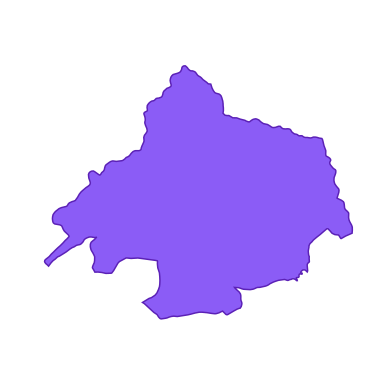 outline of Meo Vac, Hà Giang, Vietnam, rotated 263°
{"feature_id": "81297802B2489932619372", "entity_name": "Meo Vac", "entity_type": "district", "adm_level": 2, "iso_a3": "VNM", "parent_name": "Vietnam", "parent_adm1": "Hà Giang", "projection": "albers", "projection_center": [105.434, 23.152], "detail": "fine", "context": "isolated", "style": "filled", "palette": "violet", "viewbox_px": 384, "rotation_deg": 263, "n_neighbors": 0, "source": "geoboundaries", "source_scale": "gbopen_adm2", "svg_char_len": 5958}
<svg xmlns="http://www.w3.org/2000/svg" viewBox="0 0 384 384"><g transform="rotate(263 192 192)"><path d="M296.8,223.8L297.4,221.3L299.0,220.0L302.2,216.6L304.3,215.1L305.4,214.0L306.3,212.7L307.2,211.8L310.5,210.0L311.4,208.8L312.1,207.4L312.4,205.7L313.0,204.6L314.5,203.3L315.9,202.6L317.4,201.4L318.1,200.6L318.1,198.9L317.6,197.9L317.0,197.3L314.7,196.5L313.1,195.4L312.2,194.2L311.6,192.0L310.9,187.6L309.9,186.2L308.6,185.1L307.1,184.4L305.4,183.9L303.2,184.0L300.8,184.4L300.2,184.3L299.2,183.7L298.4,181.7L298.0,179.8L295.6,176.4L294.3,175.5L292.5,174.9L291.0,174.2L290.1,173.5L289.8,172.7L289.3,170.6L289.3,169.0L289.2,167.9L287.7,166.0L287.3,165.2L287.1,163.0L286.4,161.5L285.2,159.8L283.4,158.2L281.4,157.7L278.6,157.7L277.9,157.3L276.8,154.5L276.0,153.9L275.3,153.8L272.3,154.4L270.5,154.5L268.7,154.3L267.1,153.7L266.1,153.6L263.8,154.0L260.6,154.9L258.4,155.0L257.6,154.8L255.8,153.4L254.1,151.7L252.1,150.8L250.0,150.7L248.5,150.6L247.3,150.1L243.7,147.9L241.9,147.0L240.5,146.6L240.0,146.1L239.6,145.1L239.5,144.2L239.9,141.1L239.8,139.9L239.3,138.4L237.8,136.4L235.7,134.4L234.8,132.8L234.3,130.9L232.9,129.2L231.9,127.4L231.6,126.2L231.6,120.6L232.5,117.2L232.3,115.5L231.7,113.9L229.5,110.0L228.5,109.1L226.5,108.2L225.1,107.8L224.0,107.1L223.3,106.4L222.2,104.7L220.4,103.3L220.1,102.6L220.1,102.3L220.9,101.3L224.1,97.8L224.9,96.6L224.9,94.7L224.4,93.3L223.4,92.1L222.1,91.4L220.3,91.3L218.4,91.3L214.6,92.1L213.3,92.2L212.3,91.8L211.5,91.3L210.5,89.8L209.3,87.4L206.8,83.6L205.6,81.9L203.6,79.9L200.7,77.8L197.8,75.1L197.3,73.4L197.1,71.9L196.2,69.0L195.4,67.9L194.2,67.0L193.2,66.0L193.0,65.4L192.4,60.4L191.7,58.0L189.3,54.1L188.2,52.9L186.5,51.4L184.4,50.6L182.4,50.2L180.1,50.2L178.5,50.5L177.7,51.1L177.0,51.9L175.5,56.8L174.6,58.2L173.9,58.7L170.5,59.7L168.6,60.6L164.5,64.0L163.7,64.4L162.7,64.5L160.8,62.3L159.4,60.3L157.2,57.8L154.7,54.6L153.1,52.2L151.1,49.5L149.5,47.5L147.5,44.8L145.3,42.4L142.8,38.3L142.1,37.6L141.0,37.2L140.1,37.4L138.8,38.1L137.2,39.6L135.9,40.6L139.0,43.6L140.9,45.9L141.9,47.8L144.0,50.7L144.5,52.6L146.4,56.7L147.9,59.9L150.2,63.8L151.4,66.3L152.0,68.5L153.1,70.7L153.3,71.8L153.5,74.4L154.2,75.9L155.8,77.8L157.9,79.3L158.8,80.8L159.3,82.2L159.8,84.4L159.8,85.3L159.6,86.7L158.7,89.6L158.6,90.9L158.9,92.0L157.7,90.5L156.6,89.3L156.2,88.4L154.5,85.9L153.5,85.2L152.3,84.7L150.0,84.4L147.8,84.6L146.5,84.9L143.3,86.3L141.3,87.0L139.6,87.5L136.0,87.0L133.8,86.4L132.7,85.7L130.6,84.5L129.4,84.0L128.7,84.0L126.0,85.2L124.3,85.8L124.0,89.0L123.1,92.7L121.7,96.6L121.3,101.4L121.3,102.4L123.5,104.6L130.4,109.8L131.8,111.5L134.5,118.4L134.5,119.2L134.2,120.5L133.5,123.4L133.1,130.2L128.8,146.6L128.0,149.2L127.4,149.3L124.9,148.9L120.9,148.8L115.8,149.8L111.9,149.7L108.1,149.4L104.5,148.8L102.1,148.2L99.2,146.8L98.1,146.1L96.1,144.9L94.1,142.8L92.1,138.9L91.6,136.4L88.4,129.4L87.0,131.1L77.1,139.5L74.9,142.1L74.4,142.5L72.0,143.6L70.5,144.7L70.1,145.2L69.8,146.1L69.9,150.4L70.1,152.1L70.7,154.4L71.0,156.6L71.0,158.8L70.2,162.2L70.6,173.1L70.9,175.9L71.5,180.2L71.8,184.5L71.5,187.2L70.4,192.2L69.1,196.7L68.4,199.7L68.3,201.1L68.8,204.1L69.6,206.3L70.0,207.9L66.4,210.7L65.9,211.7L66.0,212.5L68.9,219.2L70.3,222.7L70.8,224.9L70.8,225.6L72.3,226.9L74.0,227.6L75.0,227.9L76.4,227.9L78.4,227.4L79.9,227.4L83.0,227.8L84.8,227.7L86.9,226.7L90.9,223.3L92.1,222.6L91.3,226.8L89.8,229.8L89.2,231.3L88.0,237.8L88.1,240.7L88.5,242.5L89.0,243.9L89.3,245.1L89.1,247.8L89.6,253.2L89.9,254.7L90.5,256.5L91.4,258.1L92.7,261.8L93.4,264.9L93.8,267.1L93.9,272.0L93.9,273.2L93.6,274.0L93.1,274.9L92.6,276.1L92.6,276.9L93.1,278.3L93.2,279.9L93.6,280.9L93.5,282.1L93.3,282.8L92.8,283.6L92.2,284.3L91.5,284.8L91.2,285.2L91.2,285.7L92.3,285.6L93.1,285.2L93.6,285.0L94.1,285.1L94.3,285.4L94.3,287.1L94.4,287.5L95.3,288.0L96.1,288.0L96.8,288.2L97.3,288.5L97.5,288.9L97.5,289.4L97.1,290.9L97.2,291.3L97.5,291.4L98.0,291.4L98.5,290.4L98.9,290.1L99.4,290.3L100.2,291.1L101.0,292.2L101.1,293.2L101.0,294.1L100.5,295.1L98.6,296.6L99.6,297.2L105.1,297.4L105.9,297.5L106.8,298.0L107.5,298.7L108.2,299.8L108.6,300.0L112.0,300.2L113.6,300.5L115.2,300.1L117.2,300.1L119.3,300.2L123.2,301.4L124.3,301.5L126.4,302.8L127.8,304.8L129.6,306.7L132.0,310.4L134.3,314.2L139.0,321.2L139.1,321.6L138.9,322.5L136.4,324.4L134.2,325.8L133.5,326.7L132.3,328.6L131.5,332.0L131.0,332.5L127.9,333.9L127.6,334.3L127.8,334.9L129.6,339.2L131.6,345.9L134.6,346.5L137.6,346.8L139.6,346.4L143.4,344.9L145.5,344.4L147.5,344.3L151.5,344.9L152.4,344.8L154.0,343.7L155.9,342.1L157.4,341.5L160.9,341.6L162.8,341.5L163.9,341.1L165.6,339.3L167.7,335.9L168.1,335.3L168.3,335.2L173.6,337.6L175.5,338.1L176.5,338.1L177.3,337.9L180.2,336.0L182.7,334.7L184.4,334.4L186.3,334.3L189.0,334.8L191.9,336.3L193.5,337.0L195.2,337.3L195.9,337.3L196.6,337.0L197.6,335.8L198.8,334.7L202.0,332.7L203.0,332.3L204.0,332.2L204.8,332.4L206.5,333.5L207.6,333.5L208.9,332.7L210.2,331.2L211.0,330.0L211.6,329.4L212.2,329.3L213.9,329.4L215.6,329.7L217.0,329.8L222.1,328.6L226.0,328.2L228.3,327.9L229.3,327.4L230.0,324.9L231.0,322.7L231.5,321.0L231.7,319.0L231.3,317.6L231.2,316.2L231.4,315.3L232.1,313.0L232.3,311.2L232.6,310.3L233.2,309.3L234.3,308.2L234.6,307.1L234.6,305.8L234.8,305.0L235.1,304.5L236.0,303.7L236.5,302.9L237.2,300.7L238.0,299.8L239.6,298.3L241.6,297.5L242.4,296.8L242.8,295.9L243.1,294.6L243.2,292.4L243.6,290.5L244.0,289.6L244.7,288.9L246.5,287.5L246.7,285.9L246.0,282.8L246.0,280.8L246.3,279.6L246.8,278.8L248.0,277.5L249.8,275.2L251.1,271.4L251.9,270.3L253.4,268.7L255.4,267.1L256.6,265.0L256.9,263.8L256.7,261.6L256.0,259.9L255.0,258.3L254.7,257.7L254.6,257.2L254.9,256.2L255.9,254.3L256.7,253.3L258.5,248.6L260.1,245.5L260.7,241.5L263.3,238.1L263.5,237.3L263.6,236.1L264.2,234.1L266.4,232.4L269.0,233.1L271.7,233.4L273.7,233.4L275.9,233.6L278.5,233.6L282.3,233.0L284.0,232.5L285.1,231.7L285.7,231.1L286.1,230.4L287.1,227.9L287.5,227.2L288.1,226.6L289.9,225.6L291.2,225.1L293.0,224.5L296.8,223.8Z" fill="#8b5cf6" stroke="#5b21b6" stroke-width="1.5"/></g></svg>